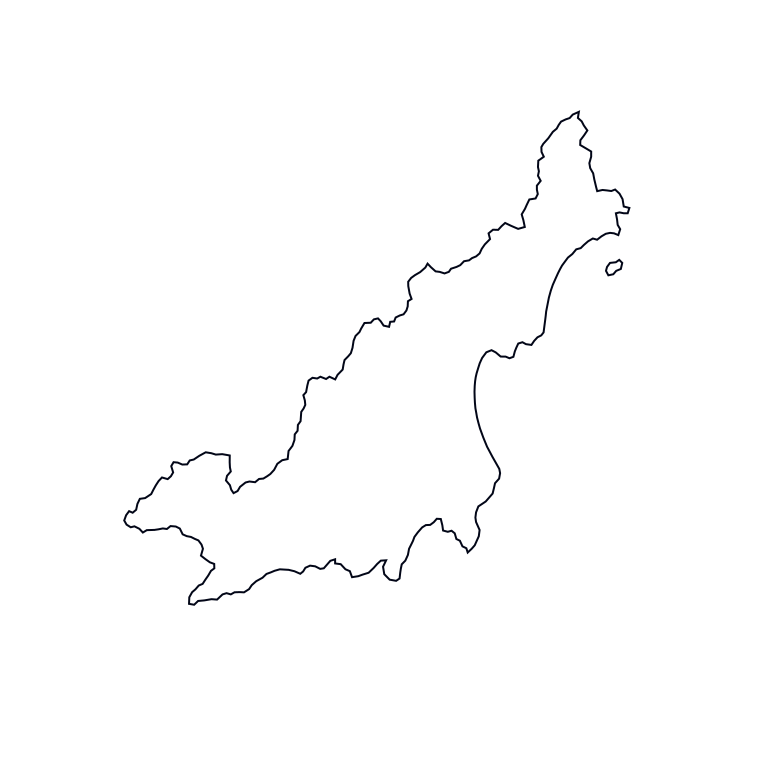 the district of Caraguatatuba, São Paulo, Brazil, rotated 340°
{"feature_id": "56859067B58336972049996", "entity_name": "Caraguatatuba", "entity_type": "district", "adm_level": 2, "iso_a3": "BRA", "parent_name": "Brazil", "parent_adm1": "São Paulo", "projection": "albers", "projection_center": [-45.479, -23.62], "detail": "fine", "context": "isolated", "style": "outline", "palette": "ink", "viewbox_px": 768, "rotation_deg": 340, "n_neighbors": 0, "source": "geoboundaries", "source_scale": "gbopen_adm2", "svg_char_len": 4831}
<svg xmlns="http://www.w3.org/2000/svg" viewBox="0 0 768 768"><g transform="rotate(340 384 384)"><path d="M660.2,194.9L653.5,195.4L649.4,197.6L645.2,197.5L640.1,198.0L636.8,200.3L633.6,203.1L628.9,204.8L622.4,209.3L615.8,212.8L612.9,215.2L611.4,219.8L611.9,225.1L605.4,226.9L602.9,232.8L602.3,237.1L599.9,241.0L600.7,246.7L595.5,249.9L594.1,253.8L593.5,258.1L589.9,261.5L583.7,260.3L579.2,264.7L576.4,267.6L571.4,271.7L571.0,277.7L570.0,284.6L563.1,284.1L557.6,278.9L552.9,274.1L548.4,275.9L544.0,278.2L539.2,276.3L533.8,278.2L533.2,284.1L526.5,287.3L522.1,290.4L518.5,294.0L514.2,295.6L509.8,295.8L506.2,296.9L501.2,296.0L496.3,298.4L492.2,298.8L486.4,298.6L483.3,300.8L478.7,300.8L474.7,297.7L471.0,295.8L468.0,290.2L466.1,285.8L462.7,288.7L456.3,291.2L450.3,292.3L445.8,293.6L441.7,296.2L440.3,300.3L439.0,307.8L439.0,313.5L434.8,314.4L432.8,319.2L430.2,322.6L426.2,325.2L422.3,325.0L417.7,325.5L414.9,328.7L411.1,327.7L408.3,332.0L403.6,329.0L402.4,324.0L400.8,320.3L396.6,319.8L392.5,321.9L386.5,320.0L381.5,324.1L378.7,326.8L373.7,329.1L370.2,333.0L366.8,339.2L363.4,343.7L359.9,345.7L355.1,348.0L352.7,351.7L350.1,356.3L343.5,359.5L339.7,363.0L335.2,358.5L331.3,359.5L326.7,355.4L323.1,356.0L318.9,353.7L314.3,355.0L311.5,359.1L308.0,365.0L304.4,366.9L304.0,372.3L302.9,376.7L300.1,379.5L296.7,381.9L292.9,390.4L289.1,393.0L286.8,398.4L282.9,400.8L280.7,406.0L276.8,410.8L271.4,414.3L267.8,421.6L262.3,420.8L256.5,422.5L251.4,427.1L246.4,429.7L242.7,430.7L238.3,431.6L234.1,430.5L229.3,432.2L224.2,429.6L220.2,429.2L213.6,431.4L209.8,434.5L205.3,435.1L204.3,431.0L204.6,426.4L202.5,420.6L205.1,416.6L210.1,413.8L210.7,409.7L212.2,404.8L214.6,398.4L208.0,394.6L201.8,392.8L198.1,390.0L193.1,387.2L185.9,388.3L179.4,389.9L175.3,389.4L171.6,392.2L166.9,390.7L163.3,387.3L159.5,385.5L156.0,388.4L155.6,395.0L152.2,397.8L148.2,399.4L143.4,395.9L139.0,398.1L134.9,401.2L131.0,404.6L127.6,407.8L120.5,409.5L115.3,408.4L111.3,412.3L108.1,417.4L103.8,419.0L101.0,416.3L96.8,419.1L93.2,423.4L94.0,428.1L97.0,432.0L100.8,432.4L104.6,436.4L106.6,441.1L111.1,440.2L118.4,442.6L122.3,443.4L126.8,444.1L130.4,446.0L134.8,444.5L139.6,446.7L142.7,450.0L143.4,456.4L146.6,459.5L150.3,461.7L153.3,464.9L156.1,467.5L157.6,472.5L157.5,476.9L153.3,482.7L156.3,487.5L159.4,492.0L162.9,495.0L161.5,499.2L157.5,500.4L153.3,503.9L149.3,506.7L145.2,509.8L141.0,510.0L136.5,512.5L132.5,514.0L128.1,517.8L125.6,523.9L130.1,526.5L135.1,524.3L141.2,525.9L148.3,527.2L153.4,529.5L160.3,526.5L164.5,526.7L168.1,529.3L172.3,528.6L177.2,530.2L181.2,531.9L187.1,530.6L190.9,527.8L196.5,525.6L203.6,524.5L208.6,522.3L213.0,522.3L217.3,522.1L222.7,522.5L230.8,526.0L235.8,529.3L240.4,533.7L243.9,532.5L247.3,529.8L252.4,529.4L257.0,531.8L260.8,535.9L264.4,536.6L273.1,531.8L278.1,532.0L276.7,535.9L281.7,538.5L284.4,544.9L287.9,548.2L287.9,554.6L294.1,555.8L298.7,555.8L305.0,556.1L311.4,553.3L316.0,550.8L320.6,548.9L325.7,550.4L320.6,555.4L319.2,562.8L322.4,569.8L328.1,573.1L332.1,572.1L334.7,566.9L336.6,563.4L339.0,559.5L343.6,557.3L348.0,552.8L351.2,547.4L354.7,544.1L357.6,541.3L360.3,538.1L365.0,535.0L370.8,531.8L375.1,530.9L379.2,532.2L383.5,530.9L387.5,528.7L391.2,530.3L390.5,536.7L389.4,541.9L393.4,544.7L397.3,545.0L399.4,548.5L399.0,554.4L401.7,557.2L402.2,563.4L405.2,566.5L405.0,571.0L410.1,568.8L414.1,566.6L421.0,559.5L423.9,553.9L423.6,549.6L423.3,545.2L424.2,540.8L426.6,536.1L430.8,531.3L439.4,529.2L444.1,526.6L448.6,524.1L451.6,519.6L454.4,515.2L459.8,512.3L462.6,507.5L463.3,503.2L462.1,496.1L461.0,489.6L460.2,483.8L459.4,478.2L459.2,473.4L459.0,468.2L459.0,462.8L459.0,458.7L459.4,453.2L460.0,447.2L460.8,442.8L461.6,438.1L463.0,432.8L464.5,427.9L466.4,422.2L468.6,416.8L470.6,412.5L472.5,409.0L474.7,405.6L477.7,401.6L481.0,397.3L485.1,393.1L491.0,389.2L496.6,389.0L499.8,392.5L503.0,398.1L507.7,399.9L510.7,402.7L514.9,402.7L518.1,398.1L520.8,395.1L524.0,391.9L528.4,392.1L531.0,395.1L535.9,397.7L539.9,394.8L544.2,392.6L548.4,392.1L551.6,390.1L554.6,384.3L557.2,379.3L559.2,375.4L561.2,371.3L565.0,365.0L568.5,359.2L572.7,353.3L576.5,348.6L581.1,343.8L585.5,339.3L588.8,336.2L591.8,333.6L596.0,330.8L600.1,328.1L605.4,326.3L610.7,323.2L615.3,323.6L619.4,321.7L624.6,319.7L630.0,318.7L633.6,321.3L638.9,319.6L643.8,318.7L648.1,319.3L651.7,321.1L655.1,324.2L658.9,319.3L658.0,314.4L659.3,309.0L660.3,302.9L664.0,303.3L667.6,305.5L671.4,306.9L674.8,302.5L670.0,299.2L671.4,291.9L670.4,285.7L667.7,280.3L663.6,280.4L659.8,278.4L655.7,276.4L650.3,275.7L650.7,271.4L651.6,263.6L652.6,257.6L651.6,251.7L652.5,246.7L656.4,241.3L658.2,236.4L654.8,232.2L650.1,226.5L651.9,222.1L657.0,218.8L661.8,215.3L660.2,209.4L659.6,204.8L657.2,200.3L660.2,194.9ZM637.8,347.5L633.6,350.3L631.3,353.6L632.0,358.6L637.0,359.3L640.9,357.1L645.9,356.9L649.3,351.7L647.5,347.8L643.5,348.9L637.8,347.5Z" fill="none" stroke="#020617" stroke-width="2"/></g></svg>